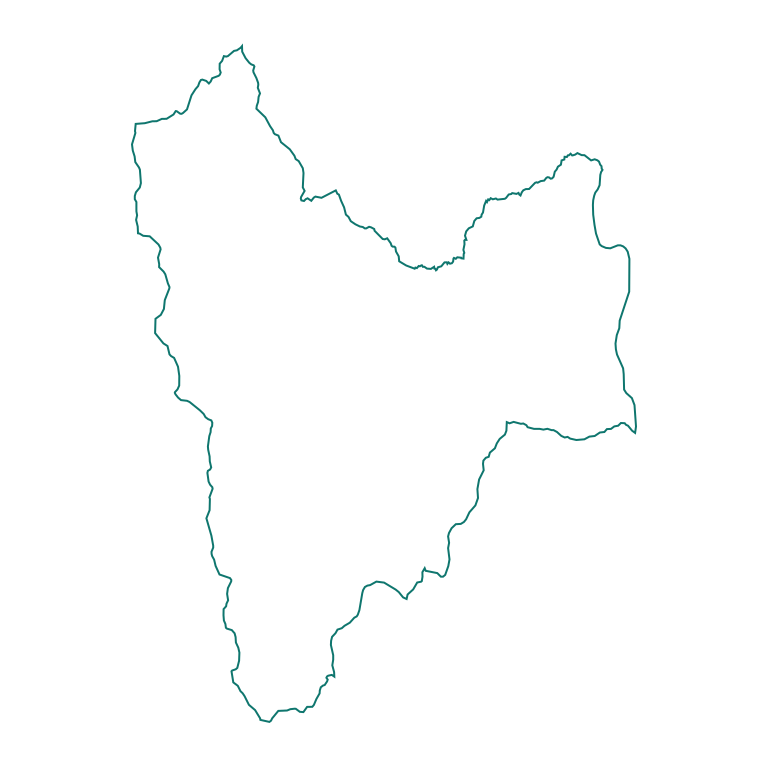 outline of Betulia, Antioquia, Colombia
{"feature_id": "7082276B84924592103866", "entity_name": "Betulia", "entity_type": "district", "adm_level": 2, "iso_a3": "COL", "parent_name": "Colombia", "parent_adm1": "Antioquia", "projection": "equal_earth", "projection_center": [-75.957, 6.181], "detail": "fine", "context": "isolated", "style": "outline", "palette": "teal", "viewbox_px": 768, "rotation_deg": 0, "n_neighbors": 0, "source": "geoboundaries", "source_scale": "gbopen_adm2", "svg_char_len": 6089}
<svg xmlns="http://www.w3.org/2000/svg" viewBox="0 0 768 768"><path d="M242.0,46.1L240.6,47.8L236.9,50.3L234.0,50.9L227.9,56.1L226.2,56.6L223.9,56.1L222.1,60.9L219.7,63.7L219.6,69.3L220.7,72.5L219.9,74.6L218.7,75.8L212.2,78.2L210.7,81.5L208.9,83.5L206.2,80.9L202.3,79.6L200.9,80.0L199.4,82.4L198.1,86.1L195.5,89.1L191.5,95.3L187.0,109.4L183.0,113.0L181.6,113.8L180.2,113.7L176.7,111.2L175.7,111.1L173.5,114.5L166.6,118.8L161.8,118.9L156.7,121.2L152.3,121.3L144.8,123.2L135.7,123.9L135.0,131.1L135.4,132.9L132.0,144.4L132.8,150.6L134.6,156.4L135.3,162.1L139.0,167.5L139.9,169.7L140.9,183.1L139.8,187.5L135.9,192.3L134.8,196.0L134.8,199.2L136.4,202.0L136.4,211.3L137.1,215.3L136.1,219.9L137.7,226.5L138.0,233.3L139.6,233.6L143.2,235.8L149.7,236.3L158.5,244.5L160.3,247.7L160.6,249.4L158.0,257.6L159.2,264.2L159.1,267.1L163.6,271.6L165.3,274.3L167.9,283.4L169.5,287.1L169.3,288.5L164.8,300.1L163.9,309.0L160.8,314.9L155.5,318.8L155.1,333.1L163.4,343.4L167.5,346.0L169.5,354.4L171.1,356.1L174.1,357.9L178.0,366.7L179.3,375.9L179.2,385.6L177.5,389.4L175.0,392.1L174.8,392.8L175.5,394.3L178.1,397.6L181.0,400.1L187.0,400.8L189.6,402.0L199.9,410.3L203.7,414.0L205.5,417.2L208.2,419.2L211.3,420.4L212.3,422.7L212.1,426.0L210.8,428.5L210.6,432.1L209.3,436.1L207.9,446.5L208.2,449.8L209.6,456.4L209.8,461.4L211.2,467.4L210.1,469.5L207.9,470.8L207.4,472.9L208.6,481.6L210.1,484.7L212.3,487.2L212.6,488.8L209.4,497.4L209.9,498.9L209.6,510.2L206.4,518.3L211.4,535.7L213.2,545.7L213.2,547.6L211.5,551.8L211.6,554.0L212.2,556.2L214.1,559.6L215.6,565.9L219.5,574.5L230.0,578.1L231.3,580.0L231.2,581.4L227.9,588.1L227.1,593.9L228.1,600.3L226.5,603.7L226.1,606.3L223.6,609.1L223.5,615.2L223.9,620.5L225.4,624.0L225.9,627.7L226.9,628.6L231.8,630.1L234.6,633.3L235.6,637.1L235.9,642.5L238.3,647.7L239.4,652.6L239.1,660.7L237.3,667.9L235.7,669.3L232.2,670.5L231.5,671.3L233.3,682.4L237.8,685.8L240.5,691.2L242.6,693.2L244.6,696.2L248.9,704.8L255.1,710.1L260.1,718.3L260.4,719.9L269.4,721.9L271.0,720.7L272.2,718.3L278.3,710.9L287.1,710.5L290.3,709.2L294.6,708.7L295.8,708.8L299.8,711.8L303.4,712.1L307.1,706.9L312.3,706.8L313.9,704.9L316.4,699.0L319.6,693.4L319.8,690.5L320.8,687.3L322.9,685.6L324.7,685.0L327.1,681.4L327.7,679.6L326.4,677.8L327.0,676.5L328.2,675.7L331.8,674.9L334.3,676.6L334.1,672.1L332.3,665.3L333.2,659.7L333.2,655.2L330.9,645.0L331.1,640.8L332.1,636.8L335.5,633.2L337.5,629.6L341.8,628.2L344.5,625.8L349.8,622.7L354.3,617.7L356.7,616.4L357.8,614.7L359.4,610.1L362.3,593.1L363.1,590.1L364.9,587.0L367.4,585.6L370.1,585.1L376.4,581.6L384.1,582.6L395.7,589.6L398.8,592.1L403.1,597.4L406.6,599.0L407.6,594.5L413.2,589.4L417.2,582.5L421.1,581.7L421.8,581.1L422.5,576.7L422.4,572.2L424.7,568.2L425.7,570.8L437.3,573.1L440.9,576.7L443.0,576.7L445.2,574.9L448.3,566.1L449.5,559.4L448.1,548.1L449.1,542.8L448.1,536.4L449.0,533.0L451.6,528.2L455.8,524.2L460.8,523.9L463.9,522.0L466.1,519.3L469.4,512.3L475.4,505.4L478.0,498.0L477.4,489.1L479.1,479.5L483.7,470.3L483.0,463.9L483.4,460.6L485.8,457.8L488.7,456.8L489.9,452.6L494.9,448.3L496.8,443.4L499.7,438.9L504.9,434.6L506.4,430.7L506.8,422.1L509.6,423.3L513.6,421.9L520.9,423.8L523.3,423.5L526.4,425.2L527.6,427.2L534.1,428.9L539.8,428.9L543.4,429.6L547.4,428.8L551.5,430.1L553.5,430.1L557.0,432.0L561.3,435.9L564.7,437.5L567.6,436.9L570.2,438.6L576.4,440.0L584.4,439.3L589.4,436.6L594.7,436.0L599.9,432.5L604.4,432.0L606.9,429.1L611.0,428.9L614.3,426.4L618.2,425.7L620.9,423.0L624.7,423.2L626.0,424.8L628.0,425.7L632.1,430.7L635.1,432.9L636.0,426.5L634.5,405.1L631.9,398.1L626.3,393.1L624.1,389.6L623.7,374.1L623.1,368.3L617.0,354.5L615.9,349.3L615.5,343.5L616.8,335.1L619.3,328.2L619.7,320.6L629.2,291.7L629.4,258.8L627.7,251.7L625.6,248.4L623.2,246.4L620.4,245.3L617.9,245.3L610.3,248.3L605.9,247.9L601.7,246.1L599.7,244.4L596.0,233.5L594.5,224.9L593.2,214.7L592.9,204.9L593.2,200.3L594.2,195.7L595.3,192.6L597.7,189.4L599.6,185.2L600.3,174.9L601.1,172.0L602.5,169.9L601.7,168.7L601.5,166.2L600.2,164.7L599.0,161.6L597.4,160.3L594.7,159.3L591.1,160.4L584.5,155.2L581.6,155.1L577.4,153.1L575.2,154.6L572.7,155.4L572.1,155.4L570.6,153.7L568.9,155.3L567.8,155.4L566.9,157.0L564.6,156.8L564.3,159.5L561.6,160.4L560.9,164.7L557.9,166.7L556.6,169.6L554.8,171.7L553.6,176.8L552.1,178.4L550.7,178.7L549.0,177.4L547.5,177.2L546.3,177.9L544.2,180.6L540.7,181.1L537.7,182.7L536.6,182.3L535.1,182.8L529.1,189.0L525.8,189.1L523.3,190.3L521.8,192.3L520.5,195.5L519.3,194.6L518.5,192.9L516.5,193.9L512.2,193.1L511.3,194.0L508.7,194.5L506.1,197.9L504.8,198.8L497.5,199.6L495.9,198.5L492.8,199.3L490.7,198.2L489.3,200.1L488.2,199.4L487.0,202.1L486.1,200.9L484.2,205.5L483.0,212.5L481.6,214.7L481.3,216.7L479.4,217.9L476.6,218.3L474.3,221.0L472.8,226.4L468.8,228.3L466.2,231.4L465.0,235.7L466.4,239.9L464.9,239.9L464.3,240.6L464.5,244.3L463.4,249.9L464.3,252.9L463.7,253.9L463.5,258.6L461.3,258.3L461.1,257.7L457.3,257.3L455.8,258.8L454.0,257.9L453.5,258.5L453.1,261.6L451.9,263.2L450.0,263.7L448.6,262.4L447.4,263.9L446.8,262.3L444.5,262.4L441.3,266.3L437.9,267.3L436.9,269.6L436.0,270.3L435.3,268.8L434.4,268.6L434.1,266.8L430.9,268.9L427.0,268.6L424.4,266.8L422.8,266.8L422.0,265.3L421.4,265.3L419.9,266.3L418.7,266.0L416.9,268.1L415.4,267.6L414.7,268.7L406.2,265.5L399.2,261.3L398.7,256.3L396.0,251.5L395.4,247.6L394.5,246.7L392.6,246.6L391.6,245.8L390.7,243.2L387.2,238.3L384.8,239.3L382.7,239.0L374.6,230.8L374.2,229.0L371.0,227.3L369.1,226.8L366.2,228.4L364.8,228.4L362.8,227.0L359.9,226.5L355.4,224.3L350.8,221.2L348.5,216.9L345.9,214.6L344.1,207.4L341.1,200.8L338.9,194.6L337.3,193.7L335.8,190.4L321.5,197.8L315.4,196.6L313.8,197.6L311.3,200.8L307.6,198.3L305.7,199.2L304.0,201.0L301.4,200.4L300.8,198.6L301.1,197.0L304.6,190.9L302.8,187.4L303.5,173.0L302.8,168.2L298.7,161.1L295.7,159.1L294.4,155.7L289.8,149.3L281.0,142.2L278.4,135.6L274.9,134.2L273.7,132.9L272.9,130.3L270.1,126.2L265.3,117.3L256.4,108.7L256.8,105.7L258.1,102.0L258.6,96.9L260.0,93.4L257.8,87.8L258.3,84.7L258.1,82.8L256.4,78.1L253.5,72.3L253.2,70.5L254.4,66.5L253.7,65.3L251.3,64.4L249.3,62.8L245.6,58.2L242.2,51.7L242.0,46.1Z" fill="none" stroke="#0f766e" stroke-width="2"/></svg>